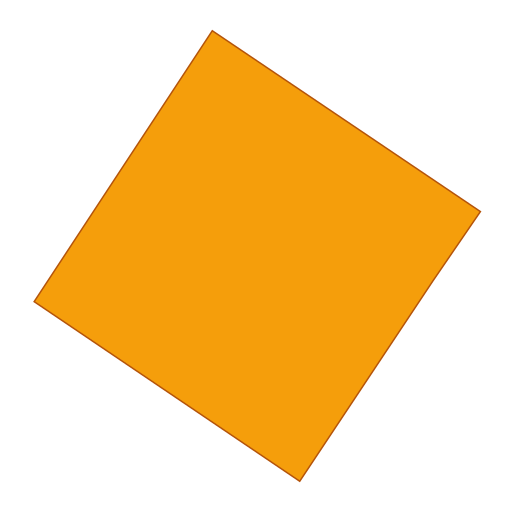 the district of Lynn, Texas, United States of America, rotated 304°
{"feature_id": "52423323B96500488872097", "entity_name": "Lynn", "entity_type": "district", "adm_level": 2, "iso_a3": "USA", "parent_name": "United States of America", "parent_adm1": "Texas", "projection": "robinson", "projection_center": [-101.839, 33.177], "detail": "fine", "context": "isolated", "style": "filled", "palette": "amber", "viewbox_px": 512, "rotation_deg": 304, "n_neighbors": 0, "source": "geoboundaries", "source_scale": "gbopen_adm2", "svg_char_len": 237}
<svg xmlns="http://www.w3.org/2000/svg" viewBox="0 0 512 512"><g transform="rotate(304 256 256)"><path d="M94.1,97.6L93.7,418.2L334.5,416.6L418.3,417.2L418.3,93.8L94.1,97.6Z" fill="#f59e0b" stroke="#b45309" stroke-width="1.5"/></g></svg>